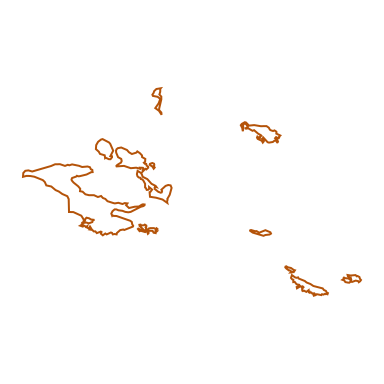 Milne Bay, orthographic projection
{"feature_id": "PNG-1252", "entity_name": "Milne Bay", "entity_type": "Province", "adm_level": 1, "iso_a3": "PNG", "parent_name": "Papua New Guinea", "parent_adm1": "", "projection": "orthographic", "projection_center": [151.454, -10.028], "detail": "fine", "context": "isolated", "style": "outline", "palette": "amber", "viewbox_px": 384, "rotation_deg": 0, "n_neighbors": 0, "source": "natural_earth", "source_scale": "10m", "svg_char_len": 6034}
<svg xmlns="http://www.w3.org/2000/svg" viewBox="0 0 384 384"><path d="M55.0,164.3L60.0,164.2L65.0,165.9L67.8,164.8L69.3,165.3L72.1,164.4L79.0,165.8L82.1,167.0L87.5,166.5L89.9,167.2L90.8,169.2L92.3,169.9L92.6,172.1L91.2,172.2L86.6,174.5L79.7,176.2L78.2,176.3L76.9,175.8L76.1,176.6L72.1,178.0L71.5,179.4L71.8,180.5L73.5,182.5L78.2,186.3L80.2,188.7L80.0,191.2L82.6,191.7L85.4,194.3L89.0,195.2L94.0,195.2L97.9,197.0L101.1,196.0L102.9,198.0L105.3,198.9L107.5,201.2L113.5,203.1L114.9,203.4L118.3,202.8L122.5,204.0L124.7,203.1L127.4,203.4L126.1,205.2L129.0,208.0L134.8,206.7L138.9,206.5L141.8,204.7L143.0,204.3L144.6,204.5L144.5,205.3L143.3,206.1L140.7,206.8L130.7,211.9L128.3,212.3L125.3,211.9L122.4,210.8L118.5,210.3L116.3,209.4L114.6,209.4L112.5,211.2L111.3,213.6L112.2,215.9L112.7,215.4L113.6,215.9L116.5,216.0L130.3,220.8L131.8,222.0L132.2,224.2L133.2,225.9L132.9,226.6L124.2,230.0L123.3,229.5L120.2,230.1L116.9,233.0L116.6,234.4L114.6,234.0L112.8,234.4L112.0,232.9L110.9,232.5L106.7,234.4L105.3,233.5L102.8,235.3L100.9,233.7L101.5,232.0L100.8,231.6L96.8,233.1L95.4,231.4L93.7,231.4L92.4,230.0L90.2,229.6L91.4,228.8L90.0,226.5L88.9,228.3L88.4,228.3L86.8,227.4L87.2,226.1L85.8,227.0L84.7,225.9L82.8,225.2L83.3,226.1L82.8,226.6L80.2,225.7L82.7,224.2L82.8,223.0L81.6,223.4L82.7,222.3L83.2,222.2L83.7,222.9L86.1,222.5L88.9,223.3L92.3,222.1L92.8,220.3L94.5,219.9L91.0,219.5L89.1,218.3L86.5,217.7L85.6,218.6L84.5,221.7L83.8,220.8L83.5,219.2L81.3,215.7L73.4,212.1L69.0,212.0L68.7,199.1L67.3,196.2L62.3,194.0L58.8,191.5L55.6,190.1L51.3,186.5L46.3,185.4L44.8,182.0L42.8,180.1L34.3,176.7L30.2,176.0L26.5,175.9L23.0,176.8L23.3,173.0L25.3,170.8L28.4,170.4L32.2,171.5L51.1,166.0L55.0,164.3ZM139.9,167.7L140.2,168.8L136.2,167.7L130.8,168.2L124.0,165.9L116.6,166.4L116.4,165.9L117.3,164.9L121.0,162.6L121.7,161.0L121.2,158.9L118.1,157.2L116.2,152.7L116.0,150.8L116.5,149.3L117.8,148.2L121.2,147.5L127.0,150.0L129.0,152.3L131.9,154.0L136.4,152.6L137.3,151.4L139.8,153.1L142.0,155.4L142.1,157.1L145.3,158.9L145.1,161.8L143.9,162.7L144.9,163.8L146.2,163.9L146.6,165.6L148.2,166.8L148.2,167.7L146.4,169.4L145.7,168.8L144.7,169.5L142.5,171.7L143.4,168.3L142.9,167.8L139.9,167.7ZM276.3,133.6L280.3,135.5L278.9,137.0L279.2,137.4L278.7,138.3L278.0,138.5L276.1,137.1L275.1,138.2L277.6,140.7L278.0,141.7L277.5,142.4L277.1,142.4L275.9,140.6L274.6,140.6L272.8,142.0L269.0,142.6L267.6,142.2L263.3,137.5L262.2,139.0L262.4,139.9L263.9,140.2L263.8,141.4L262.8,142.6L261.8,140.8L257.7,138.9L257.0,137.6L257.4,136.6L258.8,137.7L260.2,137.8L259.9,136.9L260.2,136.3L261.4,135.8L260.8,135.1L258.3,133.8L254.1,130.2L252.5,130.8L248.2,128.3L246.0,128.7L245.6,128.2L247.8,127.3L247.8,126.8L246.1,124.2L244.8,123.5L243.1,124.6L243.2,129.5L242.8,131.2L242.2,127.9L240.8,125.2L241.8,123.9L244.8,122.2L246.0,122.5L249.0,125.6L254.2,125.1L260.8,126.2L266.5,126.1L268.8,127.7L269.9,129.7L271.1,130.4L273.1,131.0L274.4,130.4L275.9,131.3L276.5,132.0L276.3,133.6ZM161.4,189.7L165.6,185.9L168.2,185.0L170.6,185.4L171.6,187.9L169.7,194.8L167.3,199.0L167.6,199.7L167.0,201.7L167.3,202.9L162.5,199.5L156.0,197.7L150.0,196.8L149.6,192.2L150.4,191.9L152.1,189.6L149.1,187.1L149.2,188.8L148.1,189.8L146.7,189.9L145.9,188.1L145.1,187.5L145.1,183.8L143.2,180.3L142.1,179.3L140.8,179.0L140.4,177.8L138.6,177.4L137.4,176.1L136.9,174.1L137.6,170.9L140.7,172.8L141.7,174.0L142.7,176.8L147.3,179.1L151.5,183.8L155.6,185.9L156.5,187.1L155.0,186.7L154.6,187.7L154.8,189.0L158.3,191.8L160.7,192.7L161.7,192.4L162.1,191.0L161.4,189.7ZM326.8,292.6L327.9,293.1L327.5,294.2L326.8,293.8L325.9,294.2L325.0,293.8L323.5,294.6L322.0,294.2L321.4,295.1L316.8,294.2L315.7,295.1L313.8,295.7L313.4,294.6L314.5,294.6L314.7,293.7L314.3,293.3L312.2,293.5L311.4,292.5L309.7,292.8L309.0,292.4L309.5,291.5L308.6,291.2L308.6,290.2L306.3,291.9L303.9,290.6L302.9,291.1L302.3,290.7L302.1,288.8L303.5,287.2L303.0,286.6L302.3,286.3L301.5,287.1L300.5,286.2L297.0,288.3L296.7,287.0L299.2,285.9L299.2,284.8L296.6,284.3L294.7,281.9L293.3,282.1L293.3,279.7L292.1,279.3L291.0,277.9L291.9,275.1L295.1,277.4L296.4,277.8L298.1,277.4L298.6,278.5L304.8,281.0L306.6,282.5L310.4,284.0L313.4,286.0L322.7,288.4L323.9,290.0L325.9,290.9L326.8,292.6ZM110.3,144.0L113.2,150.7L110.4,156.1L112.0,156.3L112.0,157.3L110.5,159.2L108.9,159.2L105.6,157.7L105.1,158.1L104.7,155.3L100.0,153.9L98.8,151.7L95.9,149.1L96.2,145.1L98.1,141.8L101.1,139.5L102.6,139.1L109.1,142.5L110.3,144.0ZM159.1,110.1L161.3,112.5L161.6,114.8L159.0,110.8L155.3,108.1L158.6,103.4L160.3,98.9L157.6,96.8L152.9,95.9L152.4,94.7L153.5,93.1L154.2,91.1L156.4,89.0L160.7,88.3L160.3,88.8L160.2,91.9L159.4,94.5L161.3,96.6L161.3,99.4L159.2,108.4L159.1,110.1ZM359.4,277.0L360.0,278.9L361.0,280.0L360.1,281.3L358.8,282.2L358.3,281.2L355.7,280.6L352.2,281.9L351.3,281.8L351.0,280.3L350.6,280.3L350.2,282.0L349.3,282.7L348.0,282.6L345.4,282.1L344.3,280.5L342.4,279.8L344.2,278.5L343.3,277.2L345.2,278.2L348.0,278.4L349.3,279.0L349.8,278.5L351.0,278.8L350.7,277.7L349.8,278.1L348.9,277.6L348.9,276.8L347.9,276.2L347.6,275.0L350.6,275.5L355.6,275.1L356.7,276.3L357.5,276.0L359.4,277.0ZM265.4,230.2L270.4,232.3L271.0,233.6L269.6,234.5L265.4,235.0L263.5,235.8L252.7,232.6L250.1,230.8L250.1,230.4L251.0,230.0L255.1,231.2L256.6,231.1L259.2,232.7L265.4,230.2ZM144.8,224.6L146.3,225.5L146.4,226.2L145.6,227.2L146.1,227.7L145.8,231.7L145.2,232.1L140.8,230.8L139.6,231.2L137.9,229.0L138.3,228.6L141.4,230.1L144.2,230.2L139.6,226.0L139.4,224.8L140.6,224.6L141.4,225.5L144.0,225.2L144.8,224.6ZM157.4,229.0L155.6,230.4L155.5,231.0L157.0,231.2L155.6,232.5L155.6,233.1L153.6,232.7L152.6,230.9L148.7,230.7L148.5,233.3L147.9,233.8L147.1,231.1L147.4,229.9L148.5,228.6L150.4,228.1L153.9,228.1L155.6,229.0L156.5,228.2L157.4,229.0ZM290.6,272.5L291.5,271.6L289.7,270.3L289.0,270.5L286.3,268.5L285.3,267.4L285.5,266.6L286.3,266.3L287.9,267.3L291.0,268.0L293.8,270.0L294.9,270.3L293.7,272.1L293.0,271.8L292.2,272.4L290.6,272.5ZM153.6,166.0L154.7,167.5L153.7,168.7L152.4,166.6L149.7,164.8L150.0,163.8L152.3,163.0L154.0,163.7L154.3,164.8L154.1,165.8L153.6,166.0Z" fill="none" stroke="#b45309" stroke-width="2"/></svg>